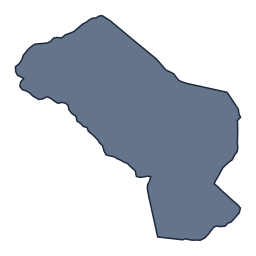 Ilhota, Santa Catarina, Brazil
{"feature_id": "56859067B31114791802058", "entity_name": "Ilhota", "entity_type": "district", "adm_level": 2, "iso_a3": "BRA", "parent_name": "Brazil", "parent_adm1": "Santa Catarina", "projection": "orthographic", "projection_center": [-48.867, -26.865], "detail": "fine", "context": "isolated", "style": "filled", "palette": "slate", "viewbox_px": 256, "rotation_deg": 0, "n_neighbors": 0, "source": "geoboundaries", "source_scale": "gbopen_adm2", "svg_char_len": 1713}
<svg xmlns="http://www.w3.org/2000/svg" viewBox="0 0 256 256"><path d="M157.7,237.0L182.7,239.8L185.5,238.8L189.6,239.8L193.4,240.2L196.8,240.0L200.1,240.3L204.8,238.0L208.7,233.8L211.3,230.3L213.4,227.5L216.6,226.0L219.9,226.6L225.0,226.2L227.9,223.2L231.2,221.9L233.8,219.2L236.7,215.9L239.3,212.7L240.4,208.0L237.3,204.4L234.3,202.0L231.1,199.1L227.6,196.0L224.4,193.1L221.0,190.0L217.6,186.5L214.2,183.9L215.5,180.8L218.3,176.1L220.4,172.3L222.7,168.0L225.5,165.1L228.8,162.3L232.2,159.8L234.6,155.0L237.1,151.8L237.8,148.1L237.4,143.0L237.6,135.3L237.7,129.4L237.6,125.1L237.4,120.6L240.6,117.3L239.1,114.5L238.3,109.3L235.2,104.5L232.0,99.7L227.1,92.3L187.1,83.5L181.8,81.8L178.6,80.2L176.3,77.3L173.7,73.9L170.1,71.9L166.1,70.2L156.5,59.1L136.3,42.5L133.0,39.8L110.1,20.7L102.3,15.7L99.1,16.0L96.0,17.9L92.1,18.3L89.1,20.0L86.5,22.0L82.3,24.3L77.8,28.2L73.9,31.6L69.9,33.2L65.4,34.8L61.7,37.9L57.0,37.5L53.4,38.2L51.0,41.0L48.1,42.7L45.3,43.2L40.8,43.6L35.0,44.1L30.8,46.9L27.4,50.2L25.2,53.0L23.2,55.4L21.9,59.7L19.1,63.8L15.4,66.7L15.7,71.8L17.5,75.3L20.6,76.7L23.7,78.5L20.8,81.7L19.8,86.5L22.5,89.8L26.0,90.8L29.7,92.9L32.5,95.7L35.8,97.8L39.0,99.5L42.8,98.9L47.2,96.7L51.5,98.9L54.4,101.2L58.0,103.3L62.0,102.4L65.5,103.2L68.0,105.3L68.9,109.8L72.1,113.8L75.9,116.2L77.1,121.2L80.6,123.4L83.3,126.5L87.0,127.5L88.4,131.3L91.0,133.4L94.2,136.2L97.7,139.8L99.7,143.1L102.6,145.7L103.8,150.5L106.1,154.9L112.0,156.4L115.0,157.1L117.3,158.8L120.4,160.0L123.5,161.9L127.5,163.5L129.8,165.9L132.3,168.3L135.2,170.6L136.4,176.4L140.1,177.4L144.4,176.8L147.5,176.1L150.8,176.8L149.3,181.6L147.6,184.7L147.3,188.6L148.9,197.4L149.7,200.7L157.7,237.0Z" fill="#64748b" stroke="#1e293b" stroke-width="1.5"/></svg>